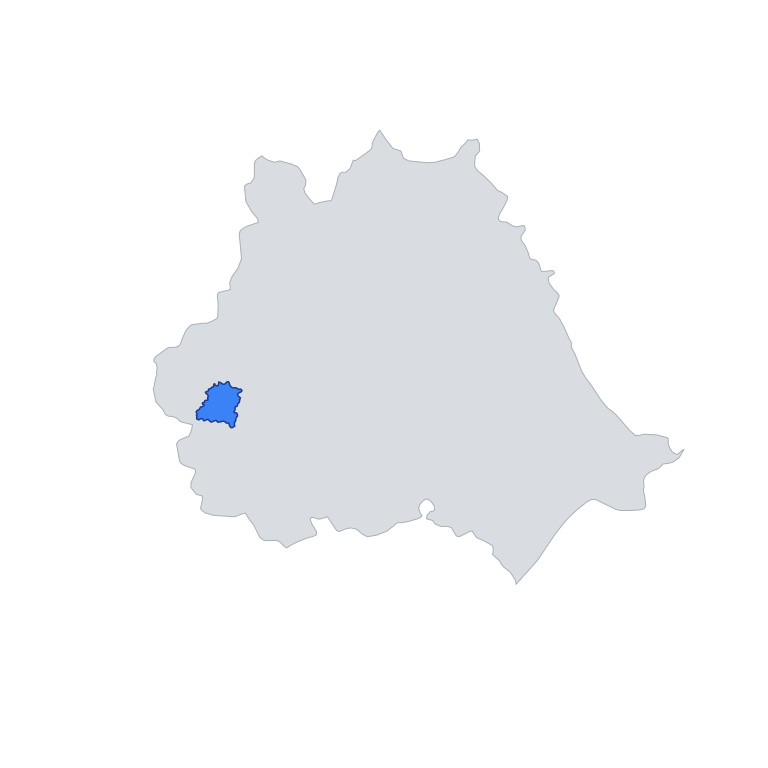 Shumilina, Vitebsk, Belarus (highlighted), rotated 233°
{"feature_id": "67162791B70451788382486", "entity_name": "Shumilina", "entity_type": "district", "adm_level": 2, "iso_a3": "BLR", "parent_name": "Belarus", "parent_adm1": "Vitebsk", "projection": "mercator", "projection_center": [29.497, 55.329], "detail": "fine", "context": "in_parent", "style": "filled", "palette": "blue", "viewbox_px": 768, "rotation_deg": 233, "n_neighbors": 0, "source": "geoboundaries", "source_scale": "gbopen_adm2", "svg_char_len": 8933}
<svg xmlns="http://www.w3.org/2000/svg" viewBox="0 0 768 768"><g transform="rotate(233 384 384)"><path d="M589.2,533.3L579.0,532.7L566.8,532.9L559.9,537.7L552.5,535.4L547.2,538.1L535.0,551.3L530.3,558.3L525.8,569.2L523.1,577.2L524.6,582.8L526.8,588.0L527.3,593.6L528.5,598.0L525.5,601.1L523.7,605.7L518.6,604.9L512.4,600.5L511.1,594.2L506.3,589.7L503.1,587.4L497.9,587.1L489.6,589.1L478.7,590.7L470.5,591.1L466.0,593.4L459.4,595.6L456.8,593.0L453.2,585.8L450.1,578.5L448.1,575.4L446.3,574.5L444.0,574.7L441.5,577.0L439.6,579.3L432.7,582.0L429.7,584.6L426.4,591.2L424.1,590.8L421.9,589.3L419.2,581.8L415.7,580.1L409.9,580.0L402.7,578.4L396.9,576.2L394.8,576.7L391.4,579.9L387.7,580.3L379.5,577.5L377.9,578.8L373.2,587.0L371.0,587.4L369.7,586.4L370.4,579.3L365.7,576.7L357.7,576.3L352.0,577.4L349.3,577.1L347.9,575.7L341.0,563.7L337.4,562.9L330.8,563.5L321.2,562.1L310.1,559.4L304.0,558.4L300.8,555.7L294.0,554.8L275.7,549.7L268.2,548.8L257.1,548.7L240.3,547.6L229.5,548.2L224.6,549.9L218.8,550.9L198.9,552.3L191.7,553.7L189.6,556.2L187.3,561.7L179.1,571.3L171.1,577.6L169.6,578.2L165.0,574.8L161.1,573.7L156.5,573.3L153.3,574.4L151.2,576.0L151.5,583.3L151.1,584.0L147.5,575.2L147.8,567.3L149.8,562.8L152.2,558.7L151.2,552.6L153.5,544.5L153.6,538.6L152.6,536.1L150.7,533.1L145.5,529.9L143.2,527.3L136.1,523.9L129.1,519.7L128.0,517.0L128.3,515.3L129.5,512.5L134.8,504.6L140.6,496.8L144.3,493.7L163.9,483.8L167.0,480.3L167.7,474.4L167.4,462.4L166.2,451.4L164.7,443.9L160.9,429.7L150.7,400.1L144.6,369.1L148.6,370.9L158.0,371.6L165.4,369.5L169.3,369.2L172.7,369.9L182.5,368.1L185.0,370.9L189.3,373.4L198.0,369.8L205.6,365.5L213.5,365.9L214.6,363.8L216.6,352.7L219.0,350.3L228.4,351.4L231.9,349.4L235.6,344.0L241.2,340.6L245.9,340.6L250.7,336.8L253.1,339.3L254.3,343.9L252.7,347.6L253.4,349.0L256.7,350.8L262.5,350.8L266.2,349.2L267.1,347.2L267.1,343.4L266.1,339.8L263.7,336.8L259.1,335.2L255.9,335.1L255.4,333.2L256.4,329.0L259.3,321.3L262.8,314.3L264.9,311.7L265.3,309.3L264.8,305.1L264.8,297.5L267.9,286.7L272.1,278.7L277.8,276.1L284.7,274.7L289.1,270.8L291.3,266.4L293.1,259.5L295.3,258.0L312.0,258.9L314.5,252.0L315.9,250.0L319.1,248.0L321.3,245.5L320.5,243.6L316.3,242.3L306.3,241.2L304.2,238.9L304.9,236.1L307.6,228.9L310.1,219.6L311.4,212.4L311.5,208.1L313.0,206.9L321.1,205.6L323.8,204.1L330.9,194.2L336.2,192.5L350.0,195.1L356.3,194.9L364.3,195.6L365.0,194.6L367.9,184.8L381.5,169.0L388.8,163.5L393.4,162.3L395.0,162.6L402.3,170.9L404.1,171.3L408.9,167.7L417.4,167.5L421.3,170.4L426.9,180.6L429.8,181.8L438.0,176.1L442.5,174.2L445.5,174.3L460.9,182.2L462.1,184.7L462.2,187.7L459.8,197.0L463.0,202.6L466.7,206.5L474.6,200.1L477.5,198.4L480.7,198.3L485.0,195.9L488.1,192.4L491.1,191.1L496.8,192.0L507.0,191.1L519.0,196.7L520.0,198.4L526.0,205.0L528.1,208.2L530.1,209.2L533.2,212.4L537.5,214.4L540.5,213.8L541.9,214.9L543.2,217.4L543.3,221.6L542.9,233.7L538.6,240.1L538.0,242.3L538.2,244.9L541.6,250.1L546.0,258.2L547.0,262.9L547.0,266.4L541.0,276.7L539.1,279.1L537.7,284.1L537.0,289.2L537.4,291.4L547.3,299.5L554.7,303.9L556.4,306.0L556.5,307.4L552.6,316.1L552.2,318.4L558.1,322.0L561.4,327.7L564.3,336.9L569.9,345.7L590.7,358.5L592.6,360.8L593.2,363.5L592.5,369.5L588.7,380.9L592.3,382.6L601.5,382.1L612.7,383.5L626.1,391.6L626.1,395.2L624.7,398.4L625.7,401.9L627.1,404.8L638.7,413.7L639.8,416.3L640.0,420.6L639.7,423.8L636.5,424.4L632.9,425.9L627.1,429.7L624.8,435.1L615.4,442.4L609.5,445.8L604.9,445.9L593.8,444.4L589.9,440.8L588.3,437.4L584.1,435.9L578.4,435.8L570.6,436.4L569.0,437.4L567.8,441.5L564.5,448.5L562.1,452.4L572.0,466.2L576.9,471.9L578.5,475.3L578.5,477.8L576.1,480.7L576.5,486.5L581.3,494.2L579.6,495.4L579.2,504.8L579.2,514.8L580.5,517.2L583.1,519.2L585.3,522.8L588.9,531.1L589.2,533.3Z" fill="#d9dde1" stroke="#a8b0b8" stroke-width="1"/><path d="M484.8,236.4L484.5,236.3L484.0,236.2L483.3,236.4L482.9,236.4L482.6,236.5L482.3,236.5L482.0,236.6L481.6,236.6L481.3,236.6L480.9,236.6L480.4,236.6L480.2,236.5L479.9,236.3L479.8,236.0L479.7,235.8L479.5,235.5L479.4,235.1L479.2,235.0L479.0,234.7L478.3,234.4L477.9,234.3L477.6,234.2L477.3,233.9L477.2,233.8L477.2,233.5L477.4,233.1L477.6,232.9L477.7,232.6L477.9,232.3L478.1,232.1L478.4,231.5L478.4,231.2L478.4,230.8L478.3,230.6L478.0,230.2L477.8,230.1L477.6,229.9L477.4,229.6L477.4,229.4L477.4,229.1L477.8,228.8L478.0,228.6L478.1,228.4L478.2,227.9L478.0,227.5L477.8,227.3L477.4,227.0L477.0,227.0L476.6,227.1L476.4,227.3L476.2,227.5L475.9,227.7L475.7,227.7L475.3,227.5L475.2,227.1L475.2,226.8L475.1,226.5L475.1,226.0L475.1,225.5L475.2,225.0L475.4,224.6L475.5,224.4L475.8,224.2L476.0,223.8L476.0,223.6L475.8,223.2L475.7,223.0L475.5,222.7L475.4,222.3L475.3,222.0L475.2,221.7L475.1,221.4L474.9,220.9L474.9,220.6L474.9,220.3L475.1,219.7L475.2,219.4L475.3,219.1L475.3,218.9L475.3,218.5L475.2,218.1L475.0,217.7L474.8,217.4L474.6,217.2L474.2,216.9L473.9,216.9L473.2,216.9L472.7,216.8L472.4,216.6L472.1,216.2L472.0,215.9L472.0,215.6L472.0,215.4L471.5,215.3L471.3,215.3L471.0,215.2L470.7,215.1L470.5,214.8L470.4,214.6L470.2,214.3L470.0,214.1L469.7,214.0L469.5,213.9L469.2,213.7L468.9,213.5L468.5,213.5L468.2,213.8L468.0,214.1L467.9,214.1L467.5,214.2L467.1,214.2L466.8,214.5L466.7,215.1L466.6,215.6L466.6,216.1L466.6,216.6L466.4,217.0L466.2,217.4L465.9,217.7L465.5,218.0L464.9,218.1L464.4,218.1L464.1,218.0L463.9,217.9L463.5,217.8L463.3,217.9L462.9,218.3L462.8,218.6L462.6,219.0L462.5,219.5L462.3,220.3L462.3,220.8L462.2,221.2L462.0,221.6L461.7,221.9L461.4,222.1L461.0,222.3L460.6,222.4L460.0,222.4L459.5,222.5L459.0,222.5L458.6,222.6L458.3,222.7L457.8,222.9L457.4,223.4L457.3,223.8L457.2,224.2L457.1,224.8L456.9,225.2L456.9,225.6L456.7,226.0L456.6,226.6L456.4,227.2L456.2,227.5L456.0,227.9L455.6,228.1L455.1,228.2L454.7,228.2L454.1,228.2L453.5,228.3L453.1,228.8L452.9,229.6L452.5,230.0L452.3,230.5L452.0,231.1L451.7,231.7L451.5,232.3L451.4,232.7L451.2,233.1L450.8,233.6L450.4,233.9L449.9,234.2L449.5,234.2L449.1,234.3L448.8,234.4L448.5,234.4L448.1,234.5L447.8,234.6L447.4,234.9L447.2,235.1L447.0,235.4L446.8,235.8L446.5,236.1L446.1,236.4L445.6,236.3L445.3,236.3L445.0,236.1L444.8,235.9L444.5,235.7L444.0,235.6L443.6,235.6L443.3,235.6L443.0,235.4L442.6,235.4L442.3,235.5L441.7,235.5L441.4,235.5L441.1,235.7L440.7,236.1L440.5,236.5L440.3,237.1L440.3,237.6L440.3,238.0L440.3,238.6L440.4,238.9L440.3,239.5L440.6,239.5L441.1,239.8L441.5,240.1L441.9,240.4L442.3,240.7L442.6,241.0L443.0,241.1L443.2,241.3L443.3,241.5L443.5,241.9L443.5,242.3L443.6,242.7L443.7,243.0L443.8,243.3L443.9,243.5L444.3,243.8L444.6,244.0L444.9,244.2L445.3,244.7L445.6,245.0L445.8,245.5L446.0,246.0L446.3,246.4L446.5,246.8L446.6,247.2L446.5,247.6L446.9,247.9L447.2,248.2L447.7,248.5L448.2,248.7L448.7,248.9L449.3,248.9L449.8,248.6L450.2,248.3L450.6,247.7L450.8,247.4L451.2,247.2L451.6,247.2L451.9,247.2L452.3,247.5L452.4,247.8L452.5,248.2L452.6,248.7L452.8,249.2L453.1,249.6L453.5,250.0L453.9,250.2L454.3,250.4L454.7,250.7L454.9,251.1L455.1,251.5L455.1,252.0L455.1,252.4L454.8,252.7L454.7,253.0L454.7,253.3L454.8,253.6L455.2,254.2L455.5,254.5L455.8,254.8L456.1,255.2L456.2,255.6L456.3,255.9L456.3,256.3L456.3,256.7L456.4,257.2L456.7,257.6L457.0,258.1L457.6,258.7L457.8,258.9L458.3,259.2L458.6,259.4L458.7,259.8L458.7,260.1L458.8,260.3L458.9,260.5L459.1,260.7L459.4,260.9L459.9,260.9L460.1,260.8L461.0,260.6L461.4,260.5L462.1,260.4L462.8,260.3L463.4,260.6L463.6,260.8L464.1,261.3L464.2,261.8L464.2,262.3L464.2,262.8L464.1,263.3L464.1,264.0L463.8,264.5L463.8,264.9L463.8,265.6L463.9,266.0L464.0,266.4L464.2,266.6L464.5,266.7L465.2,266.7L465.8,266.5L466.1,266.4L466.4,266.2L466.6,265.8L467.0,265.3L467.4,264.9L467.7,264.6L468.1,264.3L468.5,264.1L468.9,264.0L469.7,263.7L470.1,263.5L470.4,263.0L470.8,262.6L471.0,262.1L471.2,261.7L471.5,261.4L471.7,261.2L472.0,261.0L472.2,260.9L472.5,260.7L472.8,260.4L473.1,260.3L473.6,260.2L474.3,260.2L474.8,260.2L475.2,260.2L475.7,260.2L476.2,260.3L476.7,260.5L477.3,260.7L477.8,260.9L478.5,261.2L478.9,261.2L479.2,261.2L479.4,261.0L479.8,260.7L480.1,260.3L480.2,259.7L480.1,259.3L480.0,258.8L480.0,258.1L479.8,257.4L479.8,257.0L480.0,256.3L480.2,256.0L480.7,255.3L481.1,255.2L481.8,254.8L482.1,254.8L482.8,254.6L483.1,254.5L483.5,254.3L484.1,253.9L484.5,253.6L484.7,253.3L484.9,253.1L484.7,253.0L484.5,252.8L484.2,252.6L484.0,252.3L483.7,252.0L483.4,251.7L482.9,251.2L482.8,250.9L482.6,250.4L482.6,250.0L483.0,249.6L483.5,249.2L483.8,249.1L484.2,248.8L484.7,248.5L485.0,248.4L485.3,248.6L485.6,248.8L485.8,248.9L486.0,248.9L486.3,248.6L486.3,248.3L485.9,247.7L485.7,247.4L485.4,247.0L485.1,246.9L484.7,246.7L484.4,246.3L484.3,246.0L484.4,245.6L484.6,245.2L484.8,245.1L485.0,244.9L485.0,244.7L485.0,244.3L484.9,243.9L484.7,243.5L484.6,243.4L484.6,243.2L484.8,243.0L484.9,242.7L485.0,242.5L484.9,242.2L484.8,241.7L485.0,241.4L485.4,241.1L485.4,240.7L485.1,240.4L484.7,240.1L484.6,239.9L484.4,239.7L484.2,239.4L484.2,239.2L484.2,238.9L484.2,238.6L484.3,238.4L484.7,237.9L484.8,237.5L484.9,237.2L484.9,236.7L484.8,236.4Z" fill="#3b82f6" stroke="#1e3a8a" stroke-width="1.5"/></g></svg>